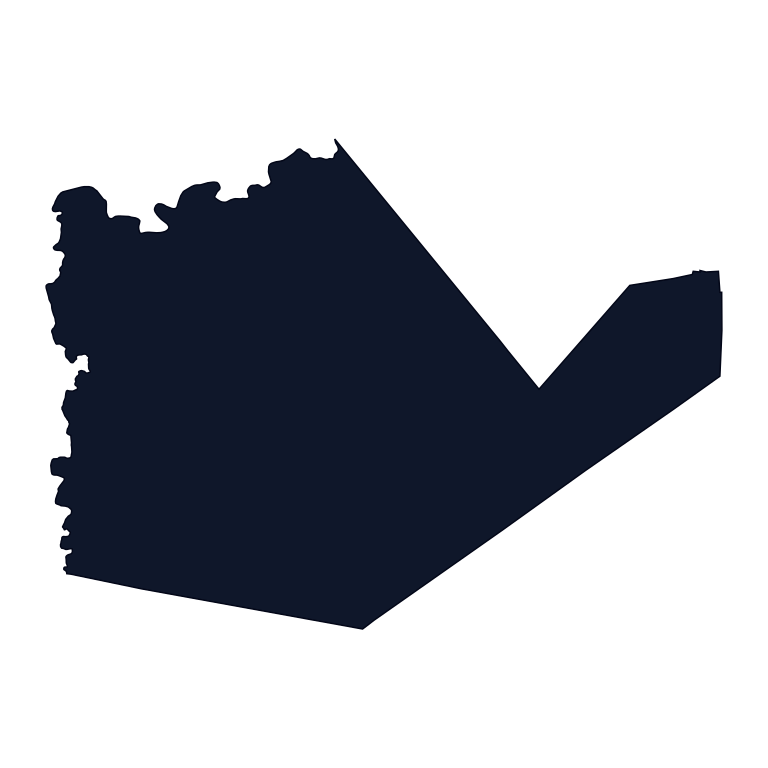 the district of Doctor Coss, Nuevo León, Mexico
{"feature_id": "50627088B25752272792370", "entity_name": "Doctor Coss", "entity_type": "district", "adm_level": 2, "iso_a3": "MEX", "parent_name": "Mexico", "parent_adm1": "Nuevo León", "projection": "albers", "projection_center": [-99.12, 25.971], "detail": "fine", "context": "isolated", "style": "filled", "palette": "ink", "viewbox_px": 768, "rotation_deg": 0, "n_neighbors": 0, "source": "geoboundaries", "source_scale": "gbopen_adm2", "svg_char_len": 5820}
<svg xmlns="http://www.w3.org/2000/svg" viewBox="0 0 768 768"><path d="M61.0,505.7L65.4,506.1L68.2,506.9L68.8,507.3L71.2,509.4L71.7,510.9L71.4,513.1L71.1,514.0L70.6,514.7L68.3,516.2L65.7,519.4L64.4,523.2L63.9,524.0L62.6,526.7L62.6,527.0L63.7,528.4L64.3,529.7L64.8,529.8L65.5,529.2L66.0,529.0L66.9,529.0L67.5,529.3L68.6,530.6L70.3,532.2L70.2,533.3L69.2,535.5L68.4,536.3L65.9,536.7L63.4,536.5L62.4,536.9L61.9,537.7L61.8,539.5L61.2,541.3L60.9,543.5L60.5,544.7L60.6,546.4L61.0,547.3L61.7,548.2L63.6,548.5L65.7,549.4L66.9,549.4L70.3,548.7L71.5,548.7L72.1,549.0L72.3,549.5L72.4,551.5L72.1,552.7L71.8,553.1L71.2,553.7L70.4,554.1L68.1,554.8L67.0,555.5L66.3,556.2L65.9,557.0L66.2,559.7L66.3,563.0L67.1,565.0L67.3,565.7L67.3,566.5L67.1,566.9L66.6,567.1L64.9,567.1L64.3,567.4L63.9,568.0L63.8,569.1L64.0,569.6L65.6,570.7L66.2,571.3L66.7,572.6L66.8,573.7L70.5,574.1L141.9,588.9L362.6,629.0L374.2,620.1L502.1,530.3L586.0,470.1L673.9,409.0L719.9,376.2L721.9,330.4L721.7,292.3L719.9,292.3L718.4,271.3L706.0,272.0L700.0,270.5L700.1,272.0L693.2,271.3L692.3,274.5L673.1,278.6L629.8,285.4L539.0,389.2L507.8,350.8L500.9,342.0L334.7,139.0L335.7,142.9L337.5,146.0L338.0,147.3L338.4,148.9L338.4,149.5L338.2,150.6L337.6,151.8L335.4,153.7L334.7,154.6L333.9,158.0L332.8,158.7L332.2,158.9L329.3,158.7L327.9,159.3L326.0,159.5L324.8,159.3L321.2,158.1L319.4,157.9L315.4,158.8L312.6,158.7L311.3,158.3L310.1,157.4L309.1,155.4L308.0,154.1L307.1,153.4L303.0,151.3L300.6,149.3L299.8,149.0L298.8,149.1L297.3,149.7L294.3,152.8L293.1,153.8L286.6,158.4L283.1,160.5L279.7,161.3L276.2,161.8L274.1,162.4L271.5,163.3L270.7,163.8L269.6,164.8L268.8,166.7L268.5,171.9L269.0,174.3L271.2,181.4L271.2,181.9L270.7,183.3L269.5,184.5L264.9,187.3L263.9,187.5L262.5,187.4L261.5,186.9L259.0,185.2L258.1,184.9L257.2,184.8L255.1,185.3L252.3,185.4L250.9,185.8L250.2,186.3L248.8,188.0L248.1,189.2L247.7,190.3L247.6,191.1L247.8,192.3L248.7,194.8L249.1,196.4L248.7,197.7L248.3,198.1L247.5,198.6L245.8,198.7L242.7,198.5L240.6,198.9L235.6,198.7L234.0,198.9L230.7,199.9L226.9,201.9L225.1,202.3L222.6,202.1L221.6,201.9L219.7,201.1L216.7,199.2L214.8,197.6L214.6,196.9L214.8,196.2L217.1,191.9L219.7,189.2L220.0,187.7L219.7,186.4L219.2,185.2L218.5,183.9L217.6,183.0L216.9,182.5L214.1,182.1L212.5,182.2L207.8,182.8L200.5,184.9L196.3,185.0L194.4,185.4L191.6,186.6L184.2,191.0L183.1,192.0L180.8,195.7L178.7,201.5L177.1,206.8L176.3,208.0L175.7,208.4L174.1,208.8L171.8,208.5L166.3,206.4L163.7,204.8L161.5,204.0L158.6,203.8L157.5,204.2L155.9,205.6L154.7,208.1L154.5,209.7L155.1,211.7L157.0,214.6L159.0,216.9L161.3,219.3L167.0,223.7L168.4,225.6L168.9,226.6L168.9,227.6L168.4,229.0L167.0,230.4L165.1,231.5L162.7,232.2L160.6,232.6L156.7,232.8L149.6,232.3L147.6,232.3L145.4,232.5L141.7,233.4L140.5,233.3L139.8,232.7L139.6,232.2L138.9,229.8L138.6,227.9L138.7,225.9L139.3,223.8L139.8,221.4L139.8,220.8L139.0,219.8L138.1,219.0L136.8,218.4L135.4,217.9L131.1,217.2L128.9,216.5L120.7,216.1L118.1,216.1L115.7,216.4L114.5,217.0L112.7,218.3L111.6,218.7L110.2,218.6L109.1,218.2L108.2,217.2L107.2,215.0L106.4,212.7L106.3,211.2L106.4,204.1L106.1,201.5L105.7,200.8L105.3,200.3L104.1,199.7L103.0,198.8L96.8,190.8L95.5,190.0L93.1,188.0L91.6,187.3L89.1,186.7L84.1,186.7L81.4,187.1L62.8,191.9L60.8,193.1L58.1,196.2L55.4,201.5L54.6,203.9L52.9,207.1L52.4,208.8L52.6,210.2L52.8,210.6L53.7,211.3L55.4,211.6L60.0,210.9L62.0,211.8L62.4,212.3L62.1,214.0L61.6,214.7L60.3,215.5L58.6,215.6L58.0,215.9L57.2,217.6L57.0,219.2L57.2,219.9L57.5,220.4L60.6,222.1L61.2,222.7L61.8,223.8L61.8,225.7L61.1,229.0L61.4,232.4L60.5,238.7L59.2,241.9L58.4,243.1L56.0,244.7L53.8,246.8L53.5,247.3L53.5,247.6L53.6,248.3L54.1,249.1L55.0,249.9L57.2,250.3L60.2,250.4L61.4,250.7L62.6,251.3L63.8,252.5L64.8,253.9L65.2,254.6L65.3,256.0L64.8,257.6L63.7,259.1L63.0,260.7L62.6,262.7L62.6,265.0L62.2,265.9L60.1,268.2L59.7,269.4L59.8,270.4L60.6,272.1L60.7,272.7L60.0,276.0L57.6,278.8L56.8,279.3L55.8,280.3L54.6,282.2L53.8,282.8L53.1,283.3L52.0,283.6L50.7,283.8L49.2,283.8L48.2,284.0L46.8,284.9L46.3,285.5L46.1,286.1L46.2,288.0L48.6,296.6L49.2,299.7L51.2,303.6L51.5,304.4L51.9,308.4L52.4,310.7L53.7,314.9L54.5,316.7L55.1,318.6L55.4,321.1L55.8,322.6L55.9,323.4L55.7,324.2L54.1,327.7L52.6,329.1L51.8,330.7L51.8,331.9L52.7,334.2L53.6,338.4L55.9,343.6L56.6,344.1L59.4,343.9L60.3,344.1L63.8,346.1L66.2,348.0L66.3,348.4L66.1,349.5L65.3,351.4L65.6,354.9L66.0,356.6L66.4,357.4L68.1,359.0L70.5,362.0L71.1,362.5L72.3,362.7L73.0,362.6L73.3,362.3L75.4,359.8L76.5,359.0L76.5,358.2L76.2,357.3L76.3,356.5L77.3,355.4L78.2,355.1L79.3,354.9L81.8,354.8L82.7,354.3L84.7,354.0L86.3,354.4L87.6,356.1L88.4,356.4L88.7,356.8L88.9,357.6L88.4,359.4L88.5,360.9L88.9,362.3L88.5,364.1L88.7,368.3L89.1,369.4L90.3,371.0L90.2,371.8L89.7,372.3L88.0,372.9L86.9,373.1L86.1,373.0L84.4,371.4L81.6,370.6L80.4,370.8L78.9,371.5L78.7,372.1L79.1,373.6L78.7,374.8L77.9,375.8L76.9,376.3L75.4,378.8L75.4,380.1L76.0,381.4L75.0,383.5L75.0,384.5L75.5,385.4L76.6,386.0L77.3,386.7L77.5,387.7L77.3,389.0L76.8,389.7L75.6,389.9L73.8,390.8L72.6,391.2L69.5,391.0L67.3,390.5L66.5,391.1L65.9,393.1L65.3,397.9L63.6,402.4L63.3,405.3L62.0,407.3L62.1,409.4L62.6,410.1L64.9,415.8L66.4,417.9L67.5,419.8L68.7,420.9L68.9,422.4L69.5,423.6L69.5,424.1L68.3,427.7L67.7,428.5L67.4,429.3L66.8,432.7L67.0,433.2L67.7,433.9L68.8,434.6L70.3,435.2L70.6,435.4L70.9,436.0L71.5,442.7L71.3,445.1L71.6,446.8L71.9,451.7L71.8,452.9L71.4,454.6L71.2,456.3L70.6,457.6L69.5,458.0L67.9,458.3L66.6,458.2L65.4,457.5L64.3,457.2L60.6,457.2L59.2,457.5L57.7,458.7L53.5,458.9L52.3,459.8L52.1,460.3L51.2,463.1L50.8,465.4L51.4,471.6L51.9,473.6L52.1,474.1L53.1,474.7L54.1,475.0L57.1,475.1L59.0,475.7L63.6,477.5L63.9,477.8L64.3,478.6L64.3,479.4L64.0,480.6L60.0,485.8L58.2,488.7L58.1,489.3L58.5,491.1L58.5,491.4L57.1,494.9L55.8,498.9L55.6,500.3L55.5,501.8L55.8,503.3L56.7,503.9L60.1,505.1L61.0,505.7Z" fill="#0f172a" stroke="#020617" stroke-width="1.5"/></svg>